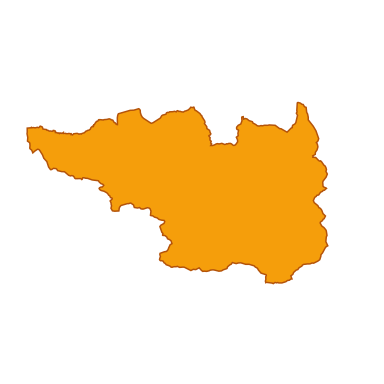 Gutierrez, Cundinamarca, Colombia (Albers equal-area conic projection), rotated 70°
{"feature_id": "7082276B81607820591888", "entity_name": "Gutierrez", "entity_type": "district", "adm_level": 2, "iso_a3": "COL", "parent_name": "Colombia", "parent_adm1": "Cundinamarca", "projection": "albers", "projection_center": [-74.067, 4.149], "detail": "fine", "context": "isolated", "style": "filled", "palette": "amber", "viewbox_px": 384, "rotation_deg": 70, "n_neighbors": 0, "source": "geoboundaries", "source_scale": "gbopen_adm2", "svg_char_len": 5965}
<svg xmlns="http://www.w3.org/2000/svg" viewBox="0 0 384 384"><g transform="rotate(70 192 192)"><path d="M289.3,84.7L289.0,82.8L284.4,83.2L280.2,81.2L279.0,80.0L274.4,79.1L273.3,79.2L270.5,80.2L268.3,81.7L264.9,82.2L264.2,81.6L263.5,79.2L262.5,78.2L262.3,77.0L260.2,74.8L257.1,76.3L253.6,76.3L251.7,76.8L250.7,77.4L250.2,78.1L247.8,78.4L243.8,80.8L241.6,80.9L239.0,78.5L238.6,76.8L237.8,75.8L238.1,74.0L236.2,71.3L236.0,69.2L235.4,68.3L235.6,66.8L234.9,65.4L234.7,64.4L234.1,64.6L232.6,66.3L231.4,66.9L227.5,65.8L226.6,65.1L223.9,60.9L221.4,58.7L218.4,59.1L217.0,58.0L214.9,57.8L213.2,58.0L211.8,58.9L207.9,59.9L206.7,60.5L206.8,61.2L205.8,62.2L201.9,63.9L200.7,66.5L200.1,66.1L199.3,66.2L198.8,63.3L196.9,62.5L195.3,60.2L193.2,58.6L192.4,58.2L190.3,57.9L188.7,58.0L188.2,58.3L187.1,56.2L185.2,54.7L176.9,54.6L171.6,55.6L164.0,58.1L161.6,57.2L158.1,56.7L156.4,57.0L151.5,55.8L150.4,57.1L147.8,57.6L147.1,58.8L145.6,59.7L144.2,61.6L144.1,62.3L144.5,62.7L151.4,65.7L152.7,65.9L153.6,67.0L156.0,66.6L162.3,70.7L163.3,72.1L163.7,74.5L164.6,75.3L165.8,75.7L165.8,76.9L168.3,82.2L163.0,86.7L162.4,88.0L157.8,91.0L155.4,96.5L155.2,98.2L154.1,101.0L153.8,103.6L153.2,104.3L153.0,106.4L152.1,108.0L150.4,109.0L148.1,111.1L146.6,111.2L144.4,114.0L142.2,115.3L141.2,116.7L141.2,118.5L138.7,118.1L138.5,119.3L139.0,119.8L142.2,120.7L144.8,122.9L145.1,125.7L146.3,127.8L147.2,128.3L148.2,128.4L148.7,128.2L149.6,127.2L150.0,127.2L152.6,128.8L154.9,129.3L155.7,131.6L158.6,131.4L160.5,132.0L162.4,134.8L162.6,135.6L162.6,136.7L162.2,137.3L160.2,138.5L159.4,139.4L158.9,141.0L159.0,142.1L158.5,143.0L158.7,143.9L158.5,145.1L156.5,147.3L156.1,150.2L155.3,151.4L155.1,152.8L155.4,154.6L155.4,156.6L154.7,158.5L153.5,157.1L152.3,157.7L150.9,156.6L149.5,157.3L148.1,157.0L147.3,156.4L145.0,157.0L144.7,156.5L144.6,155.3L143.8,154.4L142.3,154.6L140.1,154.4L137.5,156.3L135.6,155.8L131.9,156.9L130.9,155.9L129.5,155.8L124.8,156.8L123.8,156.7L122.7,157.3L121.0,157.7L117.1,160.2L116.4,161.1L114.0,161.3L113.1,161.1L112.8,161.4L112.8,162.7L111.9,164.2L112.8,165.5L113.6,167.5L113.7,170.3L113.5,170.8L113.9,172.8L112.9,174.7L112.0,175.7L111.9,176.7L110.7,177.6L110.6,178.3L111.3,179.4L110.2,180.8L110.0,182.5L109.0,185.6L109.3,186.6L108.8,188.0L108.9,188.9L110.0,189.9L109.7,193.4L110.0,194.4L111.7,196.5L113.6,205.1L113.5,206.9L106.4,212.2L104.7,213.1L102.5,213.5L99.9,213.4L97.4,212.7L96.1,213.1L95.5,213.6L95.2,218.7L94.1,222.2L93.3,234.4L94.4,235.5L96.7,236.8L103.8,239.2L102.7,239.3L102.3,240.1L100.9,240.4L100.1,241.3L97.3,241.9L96.6,243.2L96.0,243.4L94.9,244.8L94.7,247.0L93.9,250.0L94.0,250.7L92.4,254.0L92.6,254.7L92.2,255.1L93.2,256.4L93.0,257.6L93.5,258.1L93.5,258.5L95.3,260.8L95.2,261.3L95.5,261.4L95.9,262.2L96.4,262.0L96.8,262.4L96.4,263.6L96.9,264.9L98.3,266.2L98.6,267.6L98.4,269.2L98.7,270.1L98.5,270.7L99.5,272.9L99.4,275.6L99.7,276.2L99.0,277.3L99.1,278.4L97.9,279.4L97.4,280.6L96.8,283.4L97.5,284.7L96.7,285.8L96.3,285.7L96.4,286.0L95.8,285.9L94.8,287.8L94.8,288.5L94.0,290.6L93.5,291.0L93.0,292.9L92.5,293.1L92.2,292.9L92.5,294.0L92.0,294.9L91.7,295.0L91.6,295.6L91.8,295.6L91.4,296.4L91.6,296.7L90.9,296.9L90.9,297.8L90.1,298.6L89.4,300.0L88.8,299.6L87.8,299.7L87.5,300.5L86.9,300.7L86.7,301.5L87.1,301.9L87.2,302.5L86.1,304.5L86.0,305.3L84.8,306.2L84.4,307.2L83.6,307.3L81.9,310.5L79.8,310.4L78.3,311.8L78.3,312.6L78.8,312.9L79.1,314.1L78.3,315.2L78.1,317.4L77.1,319.2L76.9,320.6L76.3,320.8L76.5,321.7L75.6,325.0L79.5,326.4L80.8,327.1L84.7,327.7L87.9,329.2L89.8,327.9L90.6,327.7L93.1,328.4L95.2,329.4L96.0,329.4L97.9,328.3L100.8,328.2L99.8,325.7L99.0,322.6L99.5,321.6L100.3,321.0L105.9,319.8L109.6,319.7L113.8,318.0L119.5,318.2L122.6,317.3L122.9,316.2L122.4,314.1L123.5,311.8L124.5,311.2L125.9,311.0L128.4,307.3L129.3,304.9L134.1,302.2L135.3,300.7L135.4,299.5L136.1,298.3L137.6,297.6L138.8,297.5L139.6,297.0L141.1,292.6L141.5,291.8L142.6,291.3L142.4,290.7L141.3,289.8L141.6,288.7L142.6,287.4L143.5,285.4L146.5,281.7L149.4,276.1L150.8,275.8L153.0,274.7L154.2,273.2L155.5,272.6L156.6,274.4L156.2,276.0L156.4,277.5L157.0,278.1L158.3,277.8L159.5,276.9L161.2,274.4L163.4,272.5L164.6,271.8L166.4,271.4L167.5,270.6L169.4,270.5L170.1,269.4L170.7,269.2L171.3,269.4L172.4,272.0L174.5,271.8L176.1,272.2L177.4,272.3L179.6,273.7L182.5,273.2L183.6,271.2L184.8,267.2L182.3,265.9L181.2,264.8L180.4,263.3L180.8,256.9L181.3,255.4L181.3,253.9L181.5,253.3L184.1,251.4L186.8,251.5L188.4,248.7L188.7,246.6L190.4,245.7L191.0,244.6L191.4,243.4L191.5,239.3L192.4,237.8L193.3,237.2L195.9,237.1L199.7,239.0L200.2,238.6L200.8,237.2L202.8,235.8L204.4,233.6L206.5,232.4L208.0,230.3L209.2,227.9L210.4,227.7L211.9,229.0L212.6,232.8L213.5,234.0L219.6,234.1L220.9,233.5L222.5,234.4L222.8,234.3L223.4,232.8L224.1,232.0L226.0,231.0L227.6,231.0L229.1,229.4L230.6,228.4L233.7,228.5L234.0,230.5L236.7,233.2L237.9,234.1L239.1,236.2L238.7,238.5L238.7,243.0L239.7,243.6L242.0,243.8L243.1,244.8L244.3,245.6L245.2,245.5L245.8,245.1L246.2,243.9L247.1,242.8L249.1,242.4L249.8,241.7L251.5,241.1L253.9,238.2L255.4,237.4L255.9,236.5L256.0,234.6L256.8,232.4L256.8,231.3L258.6,229.4L259.5,226.1L260.1,224.9L265.4,219.9L265.1,217.2L266.2,215.0L265.7,211.2L269.0,209.9L270.3,209.0L270.5,207.8L271.6,205.4L271.9,202.9L271.7,201.5L272.2,199.3L272.7,198.1L275.6,193.8L276.2,191.3L275.8,189.2L275.9,185.6L275.7,185.1L274.4,184.1L273.4,181.3L273.3,179.9L272.1,178.2L274.4,175.0L274.5,172.9L275.2,170.4L278.3,166.3L279.5,163.0L282.7,158.8L284.0,158.3L286.0,156.6L288.0,156.3L291.8,154.9L295.1,150.7L295.8,150.7L297.0,151.8L299.4,152.5L300.8,153.5L302.4,153.7L302.3,153.1L303.7,150.3L305.1,147.7L305.9,147.0L305.4,144.9L306.3,143.6L306.4,142.3L307.1,141.6L308.2,138.6L308.4,134.4L307.8,132.6L308.2,130.7L307.6,128.9L307.9,127.8L304.6,127.8L303.9,125.4L302.4,124.1L301.0,120.8L301.1,119.1L299.8,117.3L299.2,114.1L298.5,113.3L298.2,111.9L299.1,108.0L299.9,105.7L299.8,103.5L300.5,102.0L300.0,97.4L299.3,95.1L296.6,93.0L295.0,92.2L293.9,90.2L290.2,86.1L289.3,84.7Z" fill="#f59e0b" stroke="#b45309" stroke-width="1.5"/></g></svg>